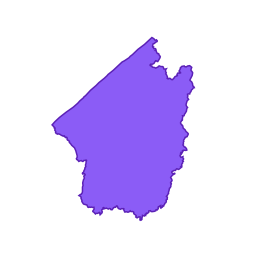 the district of Brickaville, Atsinanana, Madagascar, rotated 208°
{"feature_id": "10022922B71585303896889", "entity_name": "Brickaville", "entity_type": "district", "adm_level": 2, "iso_a3": "MDG", "parent_name": "Madagascar", "parent_adm1": "Atsinanana", "projection": "mercator", "projection_center": [48.731, -18.667], "detail": "fine", "context": "isolated", "style": "filled", "palette": "violet", "viewbox_px": 256, "rotation_deg": 208, "n_neighbors": 0, "source": "geoboundaries", "source_scale": "gbopen_adm2", "svg_char_len": 5673}
<svg xmlns="http://www.w3.org/2000/svg" viewBox="0 0 256 256"><g transform="rotate(208 128 128)"><path d="M196.5,95.1L192.9,93.9L193.1,93.4L192.0,93.1L191.7,91.8L190.1,90.9L189.8,89.9L188.6,89.4L188.0,89.8L187.5,89.5L187.1,89.6L186.4,90.4L185.5,90.3L184.8,90.5L183.4,90.2L182.1,90.5L181.4,90.3L180.8,91.1L180.3,91.1L179.7,90.5L179.1,90.5L178.4,90.3L177.8,91.0L176.9,90.5L176.6,89.6L176.1,89.1L175.5,88.9L174.7,89.1L174.2,88.8L173.5,88.8L173.0,87.7L171.1,87.1L169.6,86.3L165.9,85.4L163.4,83.4L159.9,79.7L159.1,78.2L159.2,76.7L158.5,76.1L157.7,76.2L155.7,75.4L155.0,76.4L154.0,77.3L152.6,77.1L152.0,77.4L151.7,78.7L150.7,79.2L150.0,80.0L149.5,80.0L149.3,79.7L149.1,78.3L148.5,77.2L148.2,75.4L147.1,74.0L147.4,73.0L146.8,71.1L146.9,69.8L146.5,68.3L147.0,67.2L147.0,66.6L146.4,66.1L144.9,67.2L144.0,66.7L143.9,66.1L144.4,65.0L144.4,64.7L143.0,63.3L142.9,62.5L143.1,61.8L142.3,58.5L142.0,57.9L140.7,56.1L140.5,54.5L138.4,50.6L138.0,49.3L138.2,47.6L138.9,46.9L139.6,45.3L137.9,45.3L136.9,44.9L136.6,44.0L134.7,42.4L134.2,41.4L131.9,40.1L130.8,40.0L130.1,40.4L129.2,40.4L128.3,40.8L126.3,39.3L125.7,39.3L124.8,40.1L123.8,40.4L123.2,41.0L121.5,41.4L120.9,42.0L119.8,40.5L120.1,38.4L120.0,37.9L119.8,37.7L118.6,37.6L116.4,36.8L116.1,37.7L115.1,38.1L114.3,38.9L113.8,40.0L113.2,40.1L112.9,39.4L111.9,38.3L111.1,40.9L111.4,42.0L111.9,42.2L112.7,43.4L112.7,43.8L112.1,44.4L112.1,44.9L112.6,45.6L112.1,46.4L111.9,46.4L111.6,45.6L111.2,45.4L109.5,47.1L107.3,47.2L106.6,48.2L105.6,48.5L104.8,47.9L103.7,48.3L103.4,49.9L103.4,50.8L103.0,51.1L102.7,51.8L101.7,52.2L101.6,53.7L101.3,54.0L100.6,53.9L99.3,52.7L98.4,52.4L96.5,52.7L95.6,54.0L94.7,54.2L94.2,54.7L93.7,54.7L93.4,53.7L92.6,53.3L91.7,52.4L91.2,52.3L90.7,52.9L89.7,53.4L88.5,53.6L87.6,54.6L87.2,55.9L86.1,55.6L85.5,55.9L84.8,56.4L84.2,56.5L83.3,56.3L83.2,55.7L82.5,55.0L79.8,54.6L79.3,53.6L79.4,53.1L79.1,53.0L78.4,53.2L77.8,52.9L76.8,54.5L75.7,55.2L75.4,54.8L75.0,53.9L74.5,53.4L74.6,53.0L74.3,52.5L73.9,52.3L73.6,52.8L73.1,52.9L72.8,53.8L73.5,54.7L73.4,55.0L73.7,55.1L73.6,55.9L74.1,57.4L73.8,57.3L73.6,57.7L72.2,58.0L72.1,58.6L71.4,59.0L72.2,59.7L71.7,60.1L71.9,60.3L71.8,61.3L71.3,61.1L71.0,61.3L70.1,63.3L70.7,64.3L70.6,64.7L69.8,65.1L69.4,65.5L68.4,65.1L67.5,65.4L65.7,66.7L64.6,68.0L64.9,68.9L64.5,69.3L63.8,69.3L63.4,71.0L64.0,71.8L64.2,72.8L63.5,73.1L63.5,73.6L63.1,74.6L62.3,74.1L61.7,72.8L61.3,72.7L61.2,73.4L60.6,74.1L60.5,74.6L61.2,75.4L60.3,75.4L59.9,75.8L60.2,76.3L60.0,76.6L60.0,77.8L59.9,78.0L60.1,78.8L59.5,80.0L59.8,81.3L60.5,82.2L59.9,83.6L60.5,84.5L60.7,85.4L62.0,85.7L61.6,87.4L61.7,88.3L61.4,89.1L62.2,90.5L62.3,91.7L63.1,94.3L62.7,95.0L62.7,96.4L63.4,97.8L63.5,99.1L63.8,99.4L64.6,99.5L64.8,99.9L64.4,101.9L64.6,102.6L65.9,103.7L66.9,104.1L67.2,104.4L66.6,107.3L65.2,109.6L65.4,109.9L65.7,109.9L66.4,109.0L67.3,108.8L68.4,109.2L68.7,110.0L68.6,110.5L67.8,111.4L67.4,112.2L66.2,112.8L66.0,114.6L65.7,115.0L64.2,115.0L63.7,115.4L62.2,118.9L62.5,119.3L63.0,119.1L62.7,119.9L63.2,120.4L63.6,121.4L63.3,122.4L63.8,123.7L63.5,124.5L64.5,124.8L64.3,125.5L64.4,126.8L65.9,127.7L66.1,128.5L66.3,128.3L66.7,127.6L67.5,127.0L68.2,127.3L68.5,127.7L68.9,127.8L69.2,128.2L69.2,128.8L68.8,129.3L68.6,129.9L68.9,130.4L69.7,130.4L69.8,131.3L69.4,131.6L68.6,131.4L68.6,132.8L69.1,133.4L68.6,133.7L68.8,134.2L67.9,134.8L66.9,135.1L66.0,135.7L65.7,136.2L66.1,136.4L66.3,136.9L66.9,137.3L68.5,138.0L69.3,137.7L71.5,138.8L71.7,139.6L71.5,139.9L72.1,140.7L72.5,141.7L72.4,142.3L73.1,143.1L73.2,143.6L73.0,145.4L73.2,146.5L72.6,146.8L72.5,147.5L71.7,148.2L71.9,148.9L71.8,150.4L72.2,151.3L73.4,151.8L75.1,152.1L76.7,153.2L79.2,153.8L80.6,155.5L81.1,155.8L81.8,155.8L82.2,156.3L83.5,156.5L84.2,157.6L84.1,159.5L83.7,160.4L83.8,160.7L84.1,160.7L84.1,161.3L84.6,162.3L84.9,163.6L85.6,164.4L84.5,164.9L84.3,165.2L84.6,166.8L84.4,167.9L84.3,170.2L85.3,173.0L85.0,174.0L87.0,175.0L87.8,176.1L88.5,179.3L88.4,180.3L87.9,181.7L89.7,182.7L90.0,183.2L90.2,184.5L90.6,184.7L91.3,185.7L90.7,186.5L89.5,187.0L89.8,188.5L89.5,189.6L89.8,191.4L89.3,192.6L89.2,194.0L88.4,194.7L89.5,195.5L90.6,195.6L91.8,197.4L93.4,198.6L95.6,199.1L95.9,199.6L96.0,204.5L96.8,207.1L98.2,208.0L99.1,208.2L99.4,208.5L99.9,209.5L100.2,211.5L102.8,212.0L104.4,210.8L105.3,209.3L106.8,208.8L107.5,209.2L109.4,207.7L110.0,205.8L109.7,205.6L109.8,205.0L109.5,204.0L109.7,202.6L109.3,201.9L107.9,201.8L107.5,201.4L108.0,200.7L109.4,200.2L109.9,199.7L109.8,198.1L109.7,197.8L109.1,197.6L109.0,197.4L110.6,195.5L110.8,194.2L110.7,193.8L111.1,193.1L111.3,191.7L111.9,191.3L112.6,191.2L113.8,191.6L114.6,191.4L115.5,190.3L116.4,190.1L116.8,190.3L116.7,191.1L117.0,191.4L118.6,192.8L120.1,193.6L120.1,194.7L121.3,195.5L122.1,197.0L122.0,198.2L122.9,197.4L124.2,197.0L125.3,198.2L125.9,198.5L126.2,198.5L127.9,197.7L129.6,197.5L130.1,196.7L130.1,196.0L131.7,193.9L133.0,193.9L134.9,193.2L135.4,193.3L136.1,194.0L137.4,193.5L138.1,193.9L138.0,194.9L136.4,195.8L135.5,197.0L135.3,198.0L135.4,199.4L135.1,199.8L135.1,200.4L134.4,200.6L133.4,200.4L132.9,200.7L132.7,204.4L132.9,206.0L133.5,206.5L135.0,207.2L135.8,208.0L136.5,207.9L136.8,207.6L137.5,207.8L138.5,208.5L139.7,209.7L140.1,209.5L139.9,210.0L140.4,210.7L141.2,210.9L142.2,210.2L142.9,210.5L143.5,211.6L144.1,211.1L144.8,211.8L145.3,213.8L145.3,214.2L144.5,214.9L143.5,217.4L143.1,217.6L142.9,218.1L143.1,218.7L144.3,219.2L145.0,218.4L145.6,218.3L147.1,219.0L149.4,219.1L152.7,209.5L156.1,202.2L158.5,194.9L159.7,192.3L160.1,190.5L162.7,185.7L164.2,183.5L168.1,172.0L170.7,166.0L171.1,164.2L172.3,160.7L175.0,154.4L176.1,150.6L178.8,143.7L180.7,136.5L181.5,134.9L181.5,133.9L183.3,129.2L184.0,126.3L186.1,120.7L190.0,113.0L193.5,105.1L195.5,99.2L196.5,95.1Z" fill="#8b5cf6" stroke="#5b21b6" stroke-width="1.5"/></g></svg>